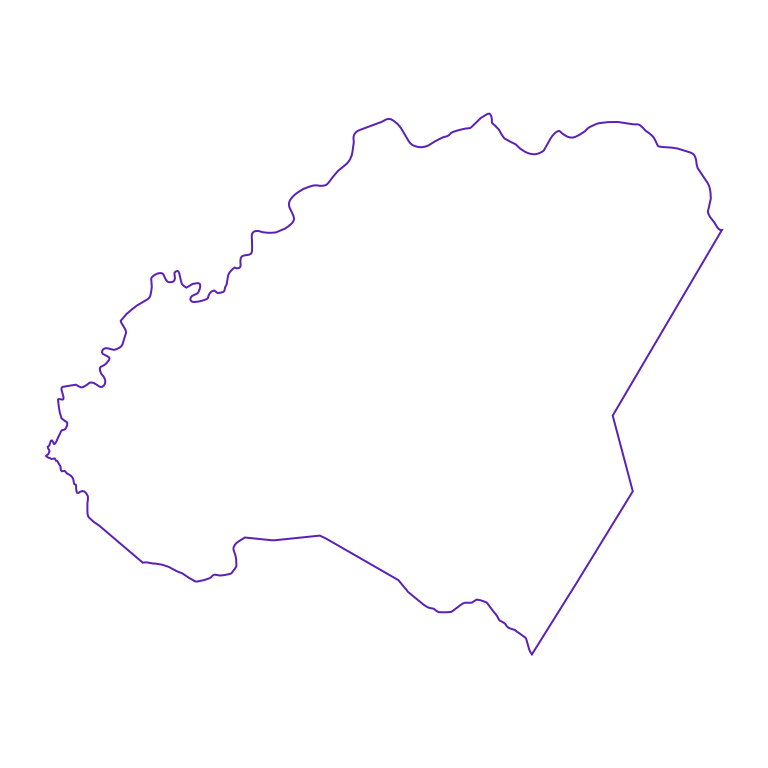 San Marcos, Santa Bárbara, Honduras (Natural Earth projection)
{"feature_id": "27666195B40809128774202", "entity_name": "San Marcos", "entity_type": "district", "adm_level": 2, "iso_a3": "HND", "parent_name": "Honduras", "parent_adm1": "Santa Bárbara", "projection": "natural_earth1", "projection_center": [-88.436, 15.258], "detail": "fine", "context": "isolated", "style": "outline", "palette": "violet", "viewbox_px": 768, "rotation_deg": 0, "n_neighbors": 0, "source": "geoboundaries", "source_scale": "gbopen_adm2", "svg_char_len": 6032}
<svg xmlns="http://www.w3.org/2000/svg" viewBox="0 0 768 768"><path d="M57.5,461.4L60.4,466.4L60.7,467.7L60.6,468.4L60.9,470.1L61.8,471.2L64.7,471.0L65.6,471.8L66.7,473.3L70.2,475.2L71.8,476.6L73.2,478.9L74.1,483.8L74.8,484.4L75.8,484.7L76.1,486.1L76.1,488.0L76.5,491.3L77.1,492.8L78.6,492.9L80.4,491.7L82.1,491.1L84.0,491.3L85.8,492.7L87.0,494.6L87.9,496.3L87.9,499.6L87.4,503.4L87.4,511.0L87.6,514.2L88.5,517.1L93.6,521.8L99.3,525.7L142.8,562.7L144.9,562.4L146.9,562.4L153.0,563.5L154.8,563.5L158.7,564.1L162.5,564.8L168.8,566.9L176.4,571.0L179.6,572.4L181.9,573.1L189.2,578.0L192.2,579.6L194.4,581.0L195.8,581.5L197.4,581.5L204.0,580.1L209.6,578.2L210.7,577.6L212.6,575.6L214.0,574.8L215.4,574.7L219.5,575.5L221.4,575.4L223.7,575.2L230.1,573.9L231.5,573.2L235.4,568.0L236.1,566.7L236.4,565.4L236.2,559.8L235.9,557.5L235.2,554.7L233.9,551.0L233.5,549.3L233.5,548.1L233.9,546.7L234.9,544.8L236.7,542.8L238.6,541.4L244.9,537.5L272.2,540.3L275.2,540.2L319.9,535.6L326.1,538.6L398.5,580.2L402.7,585.4L406.7,590.1L407.9,591.8L423.6,604.7L426.4,606.5L429.0,607.8L433.9,608.8L436.1,610.7L438.8,612.2L446.3,612.3L451.1,611.9L452.8,610.9L460.3,605.2L462.9,603.5L464.3,602.9L465.8,602.7L469.0,602.8L471.9,602.6L476.6,599.6L480.2,600.2L483.4,601.2L486.6,602.5L487.2,603.1L493.6,611.7L496.3,614.9L497.6,616.9L498.8,619.4L499.7,620.5L502.2,621.8L504.7,623.4L505.4,624.1L506.5,625.9L508.2,627.6L510.3,628.5L514.9,630.0L517.1,631.8L519.4,633.3L525.5,637.8L526.1,638.7L526.5,639.9L529.3,649.8L530.4,652.1L531.9,654.4L575.8,584.2L632.8,491.3L612.7,415.6L721.9,230.0L720.8,230.0L719.7,229.7L718.7,228.9L717.5,227.7L714.0,222.0L710.0,216.9L708.4,213.8L708.0,212.4L708.0,211.2L710.8,198.7L710.5,192.5L709.8,188.4L709.0,185.7L707.7,183.1L697.7,168.2L696.7,164.9L696.2,160.7L695.7,158.5L695.0,156.5L694.1,154.9L692.6,153.6L690.1,152.4L677.5,148.5L671.5,147.6L662.3,147.0L659.4,146.6L658.6,146.3L657.9,145.8L657.3,144.8L654.9,139.6L653.7,137.6L652.6,136.2L649.5,133.4L645.5,130.7L643.2,128.1L641.3,126.3L639.7,125.1L638.8,124.6L636.8,124.3L633.2,124.3L618.0,122.0L608.2,122.1L598.9,123.2L596.8,123.8L589.7,127.0L587.8,128.3L585.0,131.2L579.5,134.8L575.1,137.0L572.4,137.6L569.7,137.4L567.0,136.5L562.5,133.7L559.9,131.3L559.2,131.0L558.2,131.1L556.8,131.7L554.8,133.2L552.1,136.2L550.5,138.6L544.1,150.0L543.5,150.8L541.3,152.2L538.7,153.4L536.1,154.1L533.6,154.3L529.4,153.6L525.4,152.0L520.1,148.6L515.8,144.4L509.7,141.4L504.3,138.3L501.8,134.8L498.9,129.6L494.8,125.4L492.1,122.9L491.9,122.2L491.9,119.6L491.3,116.2L490.3,114.3L489.3,113.6L488.1,113.8L486.5,114.5L480.8,118.0L471.1,127.4L470.3,127.9L469.5,128.2L466.0,128.5L461.7,129.4L457.1,130.6L452.9,132.0L451.1,132.9L449.5,134.7L448.3,135.6L446.5,136.4L443.0,137.3L440.3,138.6L434.9,141.4L428.3,145.5L425.3,146.6L421.7,147.2L418.9,147.1L416.2,146.5L413.5,145.6L411.8,144.5L410.2,143.1L408.6,141.0L401.0,128.1L399.6,126.3L397.4,123.8L393.8,120.9L391.1,119.3L388.6,118.9L386.3,119.4L381.8,121.8L358.7,130.4L357.1,131.3L355.7,132.5L354.4,134.3L353.6,136.5L353.5,138.6L353.8,142.2L352.4,152.2L351.6,155.7L350.1,159.2L348.4,161.8L346.7,163.8L337.9,171.0L333.3,176.4L328.7,182.5L326.9,184.4L325.9,185.0L324.9,185.4L322.3,185.8L319.9,185.8L316.2,185.3L313.5,185.5L311.5,186.0L306.8,187.6L303.3,189.0L298.7,191.8L294.8,194.7L292.5,196.9L290.9,198.9L290.0,200.3L289.3,202.0L289.0,203.6L289.1,205.7L289.4,207.2L293.2,215.3L294.0,218.2L293.9,219.6L293.5,220.9L292.2,222.9L290.9,224.2L288.5,226.2L284.8,228.7L275.9,232.4L271.2,232.8L266.8,232.7L262.7,232.2L259.3,231.2L257.1,230.9L254.7,231.3L253.7,231.9L252.9,232.5L252.1,233.9L251.7,235.8L252.0,240.9L252.1,248.0L252.0,251.2L251.5,252.9L250.8,253.8L249.2,254.6L247.6,255.0L244.7,255.3L242.7,256.0L241.8,256.5L241.1,257.5L240.6,258.9L240.4,260.9L240.6,265.1L240.4,266.5L239.9,267.4L239.0,268.0L237.1,268.4L236.2,268.2L235.0,267.6L234.3,267.7L232.4,269.2L229.8,272.2L228.7,274.0L228.1,275.6L226.6,284.5L225.0,287.6L224.5,290.5L224.1,291.2L223.4,291.8L221.2,292.6L217.7,293.1L214.4,290.6L213.3,290.7L211.6,291.5L210.1,292.8L208.6,295.4L208.0,297.8L207.3,298.6L206.4,299.2L203.5,300.3L199.3,301.4L194.9,302.0L192.9,301.9L191.7,301.4L190.8,300.6L190.4,299.4L190.5,298.1L191.2,296.9L192.0,296.0L197.5,293.4L198.2,292.5L199.5,289.7L200.2,286.8L200.1,284.6L199.8,284.0L199.2,283.5L197.7,283.1L192.7,283.9L186.6,287.5L186.3,287.6L185.6,287.2L183.4,285.6L181.9,284.0L181.0,280.9L179.3,273.5L178.5,271.7L178.0,271.2L177.4,271.0L175.9,271.4L174.6,272.5L174.5,274.2L174.9,278.0L174.7,279.3L174.3,280.4L173.5,281.3L172.8,281.8L171.8,282.1L169.2,282.2L168.0,281.9L167.2,281.4L166.3,280.3L165.4,278.8L163.5,274.6L162.6,273.7L161.4,273.1L159.5,273.1L156.8,273.8L154.2,275.2L152.4,276.7L151.5,277.8L151.2,278.7L151.8,286.7L151.4,290.1L150.5,295.0L150.0,296.4L149.4,297.5L148.5,298.5L147.0,299.6L136.8,305.6L132.3,309.1L126.7,313.8L120.8,320.7L120.7,321.2L121.2,322.5L125.4,329.6L126.1,332.0L126.0,332.9L122.6,344.0L121.9,345.5L120.8,346.7L118.9,348.0L116.9,349.0L114.9,349.7L113.6,349.8L107.5,348.3L106.1,348.2L104.8,348.4L103.9,348.8L103.0,349.6L102.3,350.7L102.0,352.4L102.7,353.8L108.9,357.2L109.2,357.6L109.4,358.3L109.3,359.2L109.0,360.1L106.2,363.5L104.2,365.1L100.7,366.9L100.2,367.6L99.8,368.6L100.2,371.2L101.4,374.0L103.5,376.4L104.6,378.6L105.2,380.4L105.3,381.5L105.1,382.9L104.7,384.3L103.9,385.5L102.2,386.8L101.2,387.0L100.4,386.9L99.4,386.5L93.9,383.0L92.6,382.7L90.8,382.5L89.3,382.9L87.0,384.8L85.1,385.9L83.4,386.9L82.1,387.3L80.4,387.2L75.8,384.7L63.0,386.8L62.2,387.1L61.7,387.7L61.5,388.6L61.5,389.7L63.4,396.7L63.5,398.6L63.2,399.3L62.5,399.6L59.0,399.0L58.4,399.2L58.0,399.6L58.9,407.4L59.8,412.4L61.5,418.3L64.7,420.8L67.2,422.4L67.2,425.2L66.1,427.7L65.2,429.1L64.0,429.8L61.9,430.3L61.1,431.1L59.6,434.5L58.2,437.2L56.5,441.2L55.6,442.8L54.9,443.7L54.3,444.0L53.8,443.8L52.9,441.7L52.2,440.6L51.4,440.5L50.8,440.9L49.3,445.5L47.7,446.9L47.9,447.9L49.5,450.9L49.4,451.6L48.2,454.3L47.2,454.9L46.1,456.0L48.1,457.6L49.8,458.1L51.5,459.0L54.4,458.5L54.9,458.6L55.9,460.6L56.7,460.7L57.5,461.4Z" fill="none" stroke="#5b21b6" stroke-width="2"/></svg>